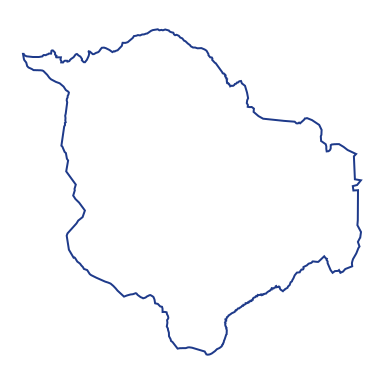 outline of Salciua, Alba, Romania
{"feature_id": "2599482B68238246130084", "entity_name": "Salciua", "entity_type": "district", "adm_level": 2, "iso_a3": "ROU", "parent_name": "Romania", "parent_adm1": "Alba", "projection": "albers", "projection_center": [23.391, 46.392], "detail": "fine", "context": "isolated", "style": "outline", "palette": "blue", "viewbox_px": 384, "rotation_deg": 0, "n_neighbors": 0, "source": "geoboundaries", "source_scale": "gbopen_adm2", "svg_char_len": 5822}
<svg xmlns="http://www.w3.org/2000/svg" viewBox="0 0 384 384"><path d="M332.6,272.8L334.9,271.1L338.1,270.9L339.0,270.1L339.6,271.2L340.3,271.7L340.4,272.0L340.0,272.1L340.4,272.8L343.0,271.6L345.3,269.0L352.2,266.3L351.9,263.2L352.3,261.4L353.0,259.1L356.3,253.4L358.4,248.1L359.5,246.5L357.9,241.9L360.0,237.8L360.2,237.7L361.0,232.0L357.4,225.2L357.8,220.1L358.0,190.2L353.4,190.5L352.8,186.1L357.1,185.0L360.9,180.3L354.9,179.3L353.9,156.3L356.1,154.0L347.6,150.0L343.6,146.9L339.0,144.1L334.6,144.2L331.7,144.5L331.2,144.8L330.8,145.1L330.9,145.4L330.7,146.1L330.7,148.3L330.2,149.7L329.6,150.4L328.5,151.2L326.7,151.4L326.3,148.9L326.3,146.3L325.7,144.2L321.1,141.0L320.8,136.3L321.4,134.8L321.6,129.9L319.2,124.9L312.0,120.1L307.0,118.1L305.7,118.5L305.0,118.4L303.9,119.9L300.1,123.3L299.1,122.6L297.9,123.4L296.4,123.3L294.7,121.7L284.3,120.9L263.1,118.7L258.5,116.1L253.6,111.9L253.9,108.6L251.7,107.0L249.4,107.1L247.7,106.8L247.9,105.0L246.8,103.1L247.2,100.2L248.1,98.2L247.0,92.5L245.0,85.8L241.9,83.4L241.0,81.0L239.3,81.3L237.8,82.6L237.1,82.5L236.1,83.7L234.9,84.0L234.2,85.1L232.9,85.9L231.8,85.7L230.2,86.3L229.9,85.2L229.0,84.5L229.1,84.0L228.1,83.1L227.4,83.3L227.0,82.9L227.1,82.2L226.8,81.7L227.0,81.0L226.6,79.9L227.1,79.1L226.4,78.5L226.4,77.9L225.9,77.7L225.9,77.2L225.2,76.5L225.1,75.9L225.6,75.4L225.2,74.6L224.5,74.4L223.9,73.5L222.7,73.3L222.2,72.2L215.7,63.2L214.9,62.8L212.2,59.9L212.4,58.5L211.8,57.5L210.2,57.3L208.5,55.3L208.4,54.0L206.5,50.7L204.7,49.5L201.4,48.1L197.5,48.3L195.0,47.5L193.0,47.5L190.8,46.3L190.0,45.1L187.8,43.5L185.4,41.2L184.1,40.7L182.3,38.4L180.2,37.5L178.8,35.8L176.6,34.8L175.1,35.2L174.0,34.4L173.3,32.7L171.2,32.2L169.5,31.4L168.9,30.5L165.2,29.5L162.9,30.3L161.5,29.9L159.3,30.3L157.8,29.3L152.8,30.1L151.1,30.8L147.2,33.5L146.2,33.6L144.0,34.4L142.1,34.5L140.1,35.4L137.9,35.1L136.4,35.7L133.9,36.1L132.8,37.9L127.7,42.2L125.3,42.9L122.6,42.8L121.8,45.9L117.6,50.3L116.1,50.7L114.7,51.5L114.0,51.2L112.4,52.1L109.5,50.0L105.9,48.2L104.0,47.6L101.8,47.8L100.7,49.1L99.1,51.4L97.9,52.3L96.2,52.8L93.9,54.1L92.7,54.1L89.9,51.6L88.7,51.3L88.6,51.5L89.2,53.7L88.6,56.1L86.9,59.8L85.0,62.2L83.9,62.2L82.7,61.2L81.8,60.1L82.0,59.7L82.0,59.0L80.4,56.6L78.3,55.3L77.4,54.3L76.9,54.0L75.6,54.5L73.6,57.2L71.0,59.0L69.9,60.1L69.4,61.0L68.8,61.3L67.4,61.6L67.1,60.8L65.0,60.7L64.1,61.2L63.0,62.5L61.2,62.4L61.4,61.2L60.5,59.7L60.9,57.3L56.3,57.3L56.0,56.8L56.4,55.7L55.6,55.2L55.0,54.4L55.1,53.0L54.4,51.9L52.8,50.4L51.8,50.5L51.4,50.9L51.1,53.6L48.7,53.6L47.9,54.3L46.6,54.6L45.8,55.2L43.8,55.0L42.8,55.7L42.4,56.4L38.9,57.0L32.9,57.0L26.5,56.3L24.2,55.1L23.7,53.9L23.0,53.9L23.9,59.0L24.3,60.1L26.2,62.5L27.2,66.1L28.5,67.5L31.8,69.0L33.5,70.1L40.6,70.3L42.3,70.5L43.4,71.0L47.2,74.8L49.4,77.8L51.0,79.3L55.9,81.9L59.7,83.3L63.6,86.6L65.8,90.0L68.3,91.7L68.9,92.6L68.4,94.7L67.7,95.8L67.6,97.5L66.9,98.8L66.7,100.3L67.2,102.4L65.7,113.8L65.2,115.7L65.5,118.1L65.3,120.5L65.7,122.3L64.9,122.9L65.0,125.1L64.2,126.4L61.4,145.7L62.3,146.5L64.6,151.9L65.9,153.1L66.9,158.7L68.1,160.5L66.2,171.4L75.8,184.6L74.5,189.0L74.8,190.3L73.2,195.6L75.5,199.1L79.1,202.6L84.9,210.5L82.6,217.1L78.2,220.6L76.5,223.4L67.5,233.4L66.7,235.7L68.9,249.7L73.6,257.7L74.4,257.4L75.2,258.2L77.3,261.6L79.6,263.3L80.4,264.1L81.2,265.3L83.0,267.2L83.9,268.9L87.2,270.1L89.7,274.0L91.1,275.1L96.3,277.7L105.1,281.6L108.2,282.6L110.6,283.6L113.3,285.9L115.6,288.3L117.5,290.6L124.0,296.6L126.9,295.5L130.4,294.5L132.9,294.2L135.7,293.2L136.5,293.5L137.6,294.9L140.6,297.1L142.7,298.0L143.1,298.3L144.9,297.8L146.1,297.2L146.7,296.6L149.5,295.2L150.5,295.1L152.7,296.4L153.5,297.1L154.5,299.6L155.1,303.3L157.8,303.9L160.2,306.4L162.0,306.8L162.5,308.5L162.6,312.0L164.8,311.9L166.6,312.3L167.0,314.2L167.9,315.9L168.3,317.4L168.2,318.5L167.1,320.1L167.4,322.8L166.8,326.5L167.9,328.5L168.0,329.8L168.9,332.7L169.0,336.2L170.6,339.2L171.0,340.9L172.5,342.0L177.6,348.6L179.9,348.2L185.8,348.1L188.0,347.4L189.3,347.3L192.0,347.7L204.7,351.5L206.4,354.4L207.8,354.7L209.7,354.4L211.7,353.5L215.0,351.1L216.9,349.2L219.5,348.0L221.5,346.5L221.8,345.9L222.2,345.6L222.2,344.8L223.0,344.1L223.0,343.4L223.6,342.7L224.1,340.4L224.5,339.8L226.2,334.6L226.6,334.3L226.8,330.1L226.2,328.6L226.6,328.0L225.9,327.0L225.9,326.4L225.4,325.9L225.2,324.3L225.5,323.5L225.0,322.8L225.5,322.0L225.4,321.4L226.2,320.8L226.2,320.2L225.4,319.6L225.4,319.3L226.2,319.1L226.7,318.3L226.9,317.2L227.7,316.8L228.4,316.0L228.5,315.5L230.6,314.2L231.5,313.4L234.7,311.9L235.4,310.6L236.1,310.5L236.2,309.9L236.9,309.8L238.2,308.3L239.3,308.3L240.1,307.5L241.1,307.0L242.2,305.8L243.0,305.9L243.5,305.3L243.5,304.8L244.2,304.8L245.1,304.3L245.7,303.8L245.7,303.2L246.6,303.3L246.9,303.0L247.4,303.0L248.0,302.3L248.6,302.6L248.9,302.3L248.9,301.8L249.3,301.4L250.3,301.3L250.4,300.9L251.4,301.0L251.5,300.2L252.8,299.8L252.9,298.5L253.8,297.7L255.2,297.2L255.6,296.5L256.2,296.0L256.6,296.4L257.2,296.3L257.9,294.9L258.5,295.1L260.3,294.8L260.9,295.0L260.9,294.4L261.1,294.3L262.6,295.0L263.0,294.7L263.1,294.2L263.5,294.0L264.2,294.1L264.9,293.7L266.0,293.6L266.4,293.2L266.6,292.8L268.7,291.2L269.6,291.0L270.6,289.8L271.7,289.5L271.5,288.6L271.8,288.1L273.6,288.5L274.2,287.8L274.9,287.5L275.8,287.4L275.8,286.2L276.2,286.0L276.4,286.4L276.3,287.0L278.1,287.1L278.9,286.5L279.6,287.0L280.0,288.7L280.6,289.6L282.9,291.2L283.6,290.4L284.6,289.8L285.1,289.1L287.5,287.8L288.0,286.5L289.6,285.1L290.6,282.3L291.9,281.4L292.5,279.8L293.3,278.6L294.7,275.3L296.9,272.6L299.7,272.3L300.4,270.9L301.5,269.5L302.8,269.5L303.2,269.3L303.6,268.4L303.4,267.6L303.4,267.1L303.7,266.9L306.8,265.4L308.6,263.7L311.2,262.9L312.0,262.3L312.4,261.6L312.8,261.4L317.4,261.9L318.4,261.8L324.2,256.3L325.7,258.2L326.9,258.8L326.5,259.8L327.6,261.4L327.6,263.1L330.6,270.1L332.6,272.8Z" fill="none" stroke="#1e3a8a" stroke-width="2"/></svg>